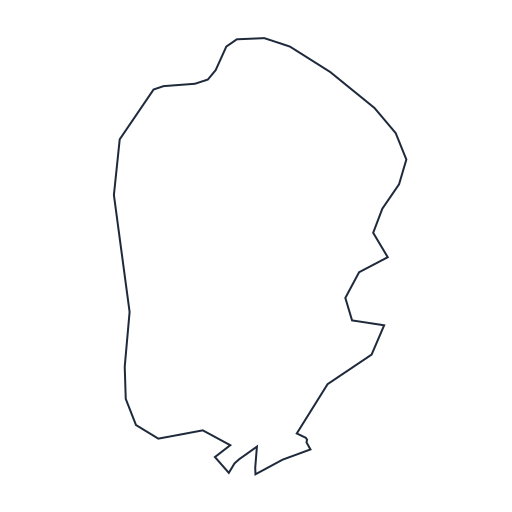 the state/province of Maio, rotated 183°
{"feature_id": "CPV-5054", "entity_name": "Maio", "entity_type": "state/province", "adm_level": 1, "iso_a3": "CPV", "parent_name": "Cabo Verde", "parent_adm1": "", "projection": "mercator", "projection_center": [-23.189, 15.226], "detail": "fine", "context": "isolated", "style": "outline", "palette": "slate", "viewbox_px": 512, "rotation_deg": 183, "n_neighbors": 0, "source": "natural_earth", "source_scale": "10m", "svg_char_len": 700}
<svg xmlns="http://www.w3.org/2000/svg" viewBox="0 0 512 512"><g transform="rotate(183 256 256)"><path d="M367.0,80.9L378.6,106.5L381.3,138.6L379.3,193.5L401.1,309.5L398.2,365.4L367.0,416.9L357.2,420.8L326.0,424.8L313.3,429.7L306.0,439.5L296.6,463.6L286.5,471.4L259.1,474.0L233.1,466.9L191.5,443.6L145.4,410.0L122.9,386.0L110.9,360.2L116.9,335.1L132.3,309.9L140.2,285.3L124.4,261.7L152.2,245.2L164.6,218.8L156.7,196.7L124.4,193.5L135.4,163.6L177.8,131.8L206.0,80.9L196.8,77.1L195.4,75.3L195.8,72.5L191.5,65.7L218.8,54.0L245.1,38.0L245.7,44.6L245.1,65.7L262.0,52.3L266.6,47.8L271.8,38.0L286.5,53.1L271.8,65.7L300.0,79.1L344.0,68.5L367.0,80.9Z" fill="none" stroke="#1e293b" stroke-width="2"/></g></svg>